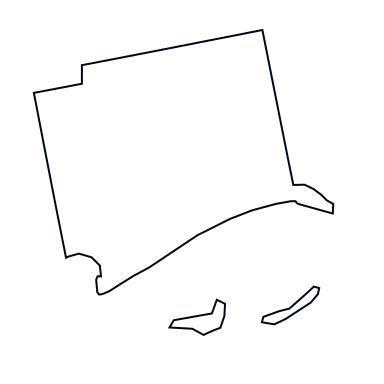 Harrison, Mississippi, United States of America, rotated 349°
{"feature_id": "52423323B27952664457255", "entity_name": "Harrison", "entity_type": "district", "adm_level": 2, "iso_a3": "USA", "parent_name": "United States of America", "parent_adm1": "Mississippi", "projection": "robinson", "projection_center": [-89.065, 30.439], "detail": "fine", "context": "isolated", "style": "outline", "palette": "ink", "viewbox_px": 384, "rotation_deg": 349, "n_neighbors": 0, "source": "geoboundaries", "source_scale": "gbopen_adm2", "svg_char_len": 1079}
<svg xmlns="http://www.w3.org/2000/svg" viewBox="0 0 384 384"><g transform="rotate(349 192 192)"><path d="M292.0,46.4L239.6,46.5L162.8,46.6L108.1,46.5L104.6,64.7L102.0,64.7L90.8,64.7L55.7,64.5L55.6,123.7L55.6,179.4L55.8,232.5L58.4,231.8L69.2,230.9L80.9,236.9L87.5,246.6L86.6,257.5L83.3,256.7L81.2,259.8L79.9,272.4L81.4,275.0L84.4,275.1L91.6,273.7L104.7,268.5L118.2,263.3L135.6,257.9L167.3,244.6L181.3,238.7L181.9,238.5L189.2,235.4L202.7,231.7L204.8,231.1L223.9,225.7L246.4,221.7L247.2,221.5L252.6,221.1L266.3,220.1L272.7,219.7L287.2,219.9L291.9,220.8L292.5,222.5L294.2,224.1L326.1,240.0L328.4,230.7L322.8,226.0L318.4,219.5L312.0,212.4L303.8,206.3L292.8,204.4L292.6,182.8L292.3,117.5L292.0,46.4ZM149.6,314.4L144.1,320.7L166.2,326.3L176.1,334.5L181.3,333.2L186.6,332.0L193.9,330.7L200.1,320.0L203.1,308.1L195.8,302.5L188.4,315.0L181.5,314.9L149.6,314.4ZM238.2,328.2L235.8,333.2L247.5,337.6L259.8,334.5L266.8,331.6L287.5,323.2L296.1,316.3L298.5,310.6L293.6,308.1L285.6,313.1L266.8,324.2L265.3,325.0L254.2,325.7L238.2,328.2Z" fill="none" stroke="#020617" stroke-width="2"/></g></svg>